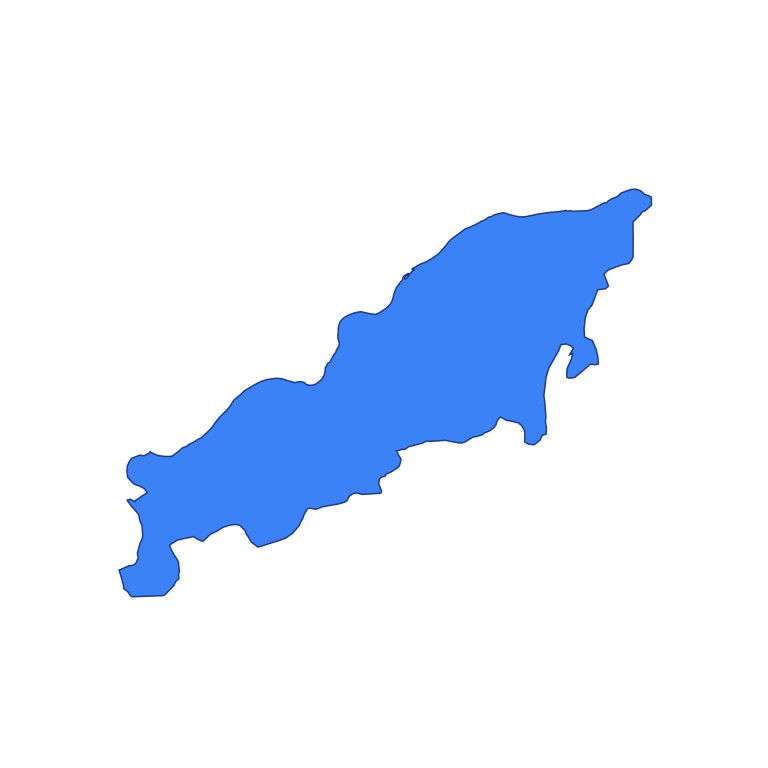 Zifta, Al Gharbiyah, Egypt (orthographic projection), rotated 249°
{"feature_id": "37247803B22072181231059", "entity_name": "Zifta", "entity_type": "district", "adm_level": 2, "iso_a3": "EGY", "parent_name": "Egypt", "parent_adm1": "Al Gharbiyah", "projection": "orthographic", "projection_center": [31.231, 30.728], "detail": "fine", "context": "isolated", "style": "filled", "palette": "blue", "viewbox_px": 768, "rotation_deg": 249, "n_neighbors": 0, "source": "geoboundaries", "source_scale": "gbopen_adm2", "svg_char_len": 6157}
<svg xmlns="http://www.w3.org/2000/svg" viewBox="0 0 768 768"><g transform="rotate(249 384 384)"><path d="M325.8,591.3L332.5,593.3L340.1,594.5L349.8,594.1L356.0,588.1L364.0,590.6L372.9,595.3L374.5,596.3L379.7,600.7L383.4,606.8L395.4,617.3L393.6,625.0L395.0,628.7L407.5,628.7L408.0,629.6L409.8,633.2L410.1,636.2L410.1,641.1L410.0,648.4L408.8,655.7L411.4,660.0L413.7,662.2L429.2,668.3L446.0,674.5L450.2,684.0L452.0,686.4L452.3,690.3L455.1,697.8L462.7,700.5L463.2,700.1L465.0,698.4L468.0,695.0L469.5,694.4L471.1,693.6L472.5,692.6L473.8,691.4L474.3,690.7L475.3,689.3L476.1,687.7L476.7,686.1L477.0,684.4L477.3,680.6L477.3,676.7L477.2,673.6L477.1,672.9L476.2,671.2L475.5,669.0L475.2,667.0L475.2,666.1L475.4,664.7L475.4,664.0L475.3,662.5L474.4,658.7L474.2,658.0L473.5,656.6L473.7,655.7L474.1,654.5L474.2,653.7L473.7,650.3L473.3,646.1L472.9,644.0L472.7,642.1L472.6,640.2L472.7,638.9L472.9,636.1L477.2,623.2L477.9,621.7L478.9,620.1L479.2,619.4L479.3,618.6L479.3,617.7L479.7,617.0L480.2,616.6L480.7,616.4L480.9,615.5L481.8,611.2L482.7,607.4L483.7,603.7L484.9,599.9L486.4,593.5L487.6,587.7L488.4,582.2L489.4,576.8L489.8,574.9L490.4,573.1L491.1,571.4L491.9,569.7L494.1,566.2L497.1,562.0L498.5,560.3L499.8,558.8L500.3,558.1L501.2,556.5L501.6,554.4L502.3,548.6L502.3,547.2L502.1,545.8L501.9,545.0L501.8,544.1L502.3,541.3L501.5,538.7L501.0,535.9L500.9,534.8L501.0,534.2L501.0,533.4L501.0,532.7L500.6,531.3L500.1,526.9L499.9,523.9L499.6,519.5L499.6,514.9L496.3,503.3L495.8,501.1L494.6,497.7L493.7,495.6L491.9,492.7L490.1,489.6L485.9,481.5L484.0,473.4L483.3,469.8L483.1,468.1L482.9,465.5L482.8,463.9L482.9,461.7L482.7,459.2L482.4,457.2L481.9,455.1L481.5,451.6L480.8,451.3L480.3,451.7L480.5,452.5L480.4,453.2L479.7,453.3L479.5,451.2L478.5,449.4L477.7,448.3L477.3,447.6L476.7,446.1L475.5,444.7L475.0,443.9L474.2,442.3L474.1,441.5L476.0,441.4L476.4,442.0L476.9,443.4L477.3,445.1L477.4,446.1L477.7,446.7L478.2,446.8L478.4,446.0L478.3,444.4L477.8,442.1L477.4,441.1L477.1,440.6L476.4,439.7L476.0,439.4L474.8,438.8L474.2,437.8L471.9,433.7L469.6,430.2L467.8,428.4L465.2,426.2L463.4,424.8L460.6,422.9L459.1,421.7L457.8,420.3L457.1,419.6L456.1,417.9L455.2,416.2L453.9,412.7L453.1,409.7L452.6,407.4L452.2,405.0L452.0,402.7L452.0,401.1L453.6,398.0L455.3,395.1L457.1,392.3L459.6,388.7L460.2,386.5L460.6,384.3L460.9,382.2L461.0,380.8L461.0,376.7L461.0,375.0L460.8,373.3L460.5,371.7L460.0,370.0L459.4,368.4L458.4,366.4L458.1,365.8L457.6,365.2L455.7,363.4L454.4,362.5L453.1,361.7L451.2,360.8L449.0,360.0L446.7,358.7L443.9,357.6L443.1,357.3L440.8,357.3L439.0,357.1L437.3,356.6L436.6,356.3L434.8,354.5L432.4,351.5L431.4,350.8L430.6,350.0L430.0,349.0L429.7,348.3L429.1,347.4L425.9,343.6L424.4,342.3L423.7,340.4L423.5,339.0L423.2,338.5L422.0,337.3L421.3,336.6L420.3,335.1L418.0,334.0L415.8,332.8L413.7,331.3L412.8,330.3L411.5,328.5L410.1,326.1L409.2,323.7L408.6,321.4L408.4,319.7L408.4,318.9L408.5,317.2L408.7,316.3L409.2,314.7L410.0,313.2L411.2,311.5L413.0,310.5L413.8,310.2L414.1,309.6L414.6,309.1L415.5,308.0L416.2,306.8L416.6,305.4L417.1,302.9L417.4,300.6L418.4,299.7L419.6,298.2L420.2,297.4L421.1,295.7L423.0,293.7L424.4,292.0L425.9,289.7L427.2,287.2L428.0,285.2L428.4,283.7L429.2,280.4L429.8,277.9L430.2,274.1L430.4,271.7L430.4,270.1L430.1,266.3L429.6,262.2L429.1,259.1L428.3,255.4L428.1,253.6L427.8,251.9L427.3,250.3L426.7,248.8L426.0,247.3L425.4,246.2L424.1,241.8L422.7,238.1L422.5,237.5L420.8,235.5L419.3,233.4L417.9,231.4L416.7,229.2L415.8,227.5L411.9,218.6L411.5,217.9L409.0,213.6L405.5,208.3L404.0,205.5L402.6,202.5L401.1,198.5L400.5,197.3L399.8,195.6L399.5,194.6L399.1,192.8L399.0,191.8L399.0,190.1L398.3,187.2L397.9,185.0L397.7,182.8L397.5,179.9L396.9,178.6L396.6,177.1L396.5,175.6L396.5,174.9L396.8,173.6L395.7,170.6L394.6,167.4L392.8,161.1L392.7,160.3L392.7,159.4L392.9,158.8L393.7,156.4L395.3,152.6L397.3,149.0L398.7,146.9L400.8,144.6L402.6,142.9L404.7,141.3L403.5,139.8L403.5,137.8L403.0,134.9L403.5,132.9L405.0,131.0L405.1,122.1L403.1,118.7L399.7,115.2L394.7,112.7L388.8,111.2L382.4,113.6L379.9,115.1L375.0,120.5L372.0,122.9L367.4,123.8L364.2,109.6L363.2,109.1L367.2,106.2L367.7,102.8L366.2,102.8L361.3,104.2L353.4,107.1L350.4,108.1L342.0,107.0L339.1,107.5L329.2,104.5L327.3,103.5L324.8,101.5L323.8,100.1L314.5,93.1L309.6,92.1L305.7,88.2L304.8,85.7L305.2,82.8L305.7,80.3L305.2,70.0L297.4,69.5L288.0,68.4L286.6,67.5L284.5,68.9L281.6,70.4L277.6,71.3L275.7,72.3L265.7,101.7L265.7,103.7L271.0,115.5L274.0,118.4L275.9,122.9L279.9,123.9L282.3,125.8L291.7,128.3L295.1,127.9L299.1,126.9L306.0,126.0L310.5,126.0L312.3,135.3L311.3,142.2L309.8,151.5L306.8,153.5L302.9,157.4L302.1,158.8L306.0,168.2L306.5,175.1L307.9,182.4L307.4,189.8L306.1,195.0L303.9,198.6L296.5,202.0L293.8,201.5L290.3,202.5L286.9,202.9L284.4,203.4L283.4,203.9L277.0,207.8L276.5,211.2L276.5,213.7L275.4,230.9L275.4,237.2L276.3,240.7L277.3,245.1L282.2,254.0L284.1,255.9L287.6,259.9L290.5,262.4L294.9,267.8L294.9,270.2L291.9,274.6L291.4,276.1L291.4,282.0L290.9,285.4L288.4,298.2L287.9,303.7L287.8,305.5L288.3,307.5L291.8,311.5L292.2,313.4L292.7,315.9L292.2,319.3L288.7,324.2L283.2,341.8L284.7,343.3L293.1,343.4L296.5,345.4L298.0,347.8L297.5,352.2L299.0,353.2L299.4,358.6L299.9,362.1L301.3,368.0L303.8,370.4L307.7,372.9L313.2,372.0L314.1,372.0L317.1,371.5L316.6,374.4L316.6,377.4L315.6,379.8L315.6,380.8L316.6,384.2L315.5,394.5L315.0,399.0L315.5,403.4L314.0,406.3L309.5,421.0L304.5,428.8L303.5,430.8L302.0,433.2L301.0,435.7L301.0,440.1L301.5,442.1L302.4,447.0L302.4,449.5L301.9,450.4L301.4,457.8L302.4,460.7L302.4,465.7L303.8,471.1L304.8,472.5L306.3,474.5L308.2,475.5L311.6,480.4L309.7,482.4L306.2,485.3L304.2,488.7L299.2,496.1L298.3,496.1L296.3,497.5L289.9,498.5L286.4,497.5L279.5,494.5L276.6,496.9L275.6,497.9L274.6,500.3L273.6,501.8L273.7,503.3L275.7,509.6L279.4,513.3L279.0,517.3L284.5,519.9L290.7,521.1L295.7,523.5L309.4,527.6L316.0,529.1L320.1,531.4L332.0,537.6L336.8,541.2L340.1,543.9L345.1,550.1L352.9,559.4L357.5,563.4L357.2,564.1L356.1,568.3L353.2,571.7L349.5,573.7L347.8,571.5L347.3,570.9L344.9,567.8L344.8,570.9L340.3,568.0L332.6,560.3L328.9,558.7L328.2,558.3L324.6,557.1L323.5,558.4L322.0,562.4L321.9,565.0L328.5,583.9L326.4,588.1L325.8,591.3Z" fill="#3b82f6" stroke="#1e3a8a" stroke-width="1.5"/></g></svg>